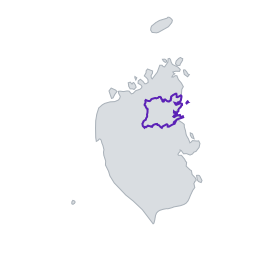 North Jeolla highlighted on a map of South Korea, rotated 167°
{"feature_id": "KOR-2499", "entity_name": "North Jeolla", "entity_type": "Province", "adm_level": 1, "iso_a3": "KOR", "parent_name": "South Korea", "parent_adm1": "", "projection": "orthographic", "projection_center": [126.968, 35.705], "detail": "fine", "context": "in_parent", "style": "outline", "palette": "violet", "viewbox_px": 256, "rotation_deg": 167, "n_neighbors": 0, "source": "natural_earth", "source_scale": "10m", "svg_char_len": 5755}
<svg xmlns="http://www.w3.org/2000/svg" viewBox="0 0 256 256"><g transform="rotate(167 128 128)"><path d="M75.4,59.9L76.3,59.2L76.3,58.2L76.3,55.0L78.9,52.7L82.5,48.1L84.2,45.6L86.2,43.2L88.5,41.6L90.8,40.9L94.4,40.5L101.2,40.8L102.5,40.5L107.3,40.3L108.4,40.7L111.9,40.9L115.7,40.6L117.6,39.9L119.4,38.7L120.9,36.5L122.5,32.6L124.1,29.5L125.1,29.0L132.4,45.2L139.3,55.6L145.2,63.1L153.8,77.6L156.4,85.4L156.7,90.3L158.3,97.0L157.2,100.8L157.7,106.9L157.3,110.0L156.3,112.3L156.4,116.7L156.8,119.1L156.9,122.2L157.6,123.4L158.5,123.8L160.0,122.6L161.9,122.1L161.6,125.9L159.6,135.4L157.8,142.4L155.3,148.5L152.0,154.1L148.0,156.3L145.1,157.2L139.6,157.5L135.0,156.7L131.1,157.4L129.5,158.6L128.4,160.6L129.3,163.6L129.2,165.9L127.5,165.7L124.2,164.5L120.5,164.3L118.7,163.7L117.0,160.5L115.2,160.6L112.1,162.6L107.4,163.1L105.7,164.1L105.1,165.4L105.8,167.1L108.2,169.3L107.4,171.6L105.0,172.7L102.9,170.0L101.7,167.3L100.3,167.1L98.1,167.9L97.7,170.8L98.7,172.8L100.4,175.1L98.0,177.8L97.4,179.7L95.7,181.1L91.2,178.0L91.8,175.9L93.8,173.8L94.0,171.7L93.4,170.4L86.9,175.8L82.9,182.0L80.7,181.5L79.9,179.9L78.6,179.3L74.3,183.2L73.4,186.4L71.9,186.5L71.2,185.2L71.1,182.3L70.4,179.9L65.9,176.4L63.9,173.3L65.0,171.6L68.7,172.6L71.7,172.5L71.1,171.0L70.2,170.3L72.1,169.5L73.8,167.9L72.4,167.4L70.3,168.4L68.6,167.9L68.0,163.9L65.9,159.8L64.8,155.8L66.9,153.5L68.0,150.0L69.9,144.8L70.9,143.1L73.6,141.9L74.5,140.6L73.1,139.9L70.7,139.3L70.8,137.8L72.4,137.0L74.2,135.4L77.6,133.4L78.7,129.6L77.7,128.7L75.5,127.8L76.0,125.9L76.9,124.4L76.6,123.6L74.1,121.1L72.4,118.9L72.9,116.3L72.6,112.5L72.8,109.3L72.7,107.5L71.5,103.6L71.0,99.6L69.4,100.2L68.1,101.2L63.4,99.7L62.0,99.6L61.4,96.7L63.1,93.1L67.0,89.9L69.3,89.6L71.0,88.2L73.6,87.7L76.8,89.9L79.7,90.4L81.2,94.1L82.2,94.9L82.4,93.5L84.7,91.9L85.3,90.7L84.8,90.0L82.1,89.4L79.8,84.7L79.4,82.7L78.6,81.4L79.9,77.7L77.1,73.5L75.8,72.1L76.0,68.3L74.6,65.9L73.8,64.6L73.3,62.3L73.7,61.3L75.0,60.9L75.4,59.9ZM65.4,226.2L64.1,227.0L62.8,226.5L62.4,226.2L60.9,224.1L60.5,223.0L61.6,220.9L65.8,217.6L76.7,214.4L78.7,214.3L83.0,215.7L83.9,218.3L83.1,220.5L82.1,222.0L77.1,224.5L73.2,225.7L65.4,226.2ZM138.2,168.4L135.4,170.7L131.5,167.7L130.6,166.0L133.4,163.6L135.8,160.7L137.4,160.5L138.2,168.4ZM117.9,168.4L117.6,172.0L115.5,172.2L114.2,169.9L112.9,171.0L112.2,171.0L111.1,168.2L110.9,165.9L113.4,164.2L114.9,165.2L117.1,165.7L117.9,168.4ZM62.9,184.4L61.0,184.9L59.9,183.7L59.1,183.3L59.6,181.7L62.7,178.5L63.4,177.3L66.2,178.0L67.3,179.8L66.0,182.4L62.9,184.4ZM72.1,61.6L71.9,66.4L70.3,66.2L69.3,65.7L68.8,64.7L67.7,60.2L69.0,58.4L71.3,59.9L72.1,61.6ZM61.1,171.2L60.7,172.1L59.4,171.8L58.1,169.3L57.6,167.3L56.2,166.2L58.4,164.5L61.1,167.6L61.1,171.2ZM68.9,106.9L68.4,109.3L66.5,107.7L66.0,102.6L68.0,104.1L68.9,106.9ZM199.3,68.7L198.0,69.9L196.4,68.8L196.2,67.7L197.0,66.7L198.8,66.0L199.8,66.8L199.3,68.7ZM78.5,185.4L79.0,187.2L76.6,186.8L75.3,185.2L75.5,183.7L76.9,183.5L78.5,185.4ZM110.0,175.4L109.7,176.6L108.1,174.9L109.6,173.0L110.0,175.4Z" fill="#d9dde1" stroke="#a8b0b8" stroke-width="1"/><path d="M69.2,147.9L68.8,147.4L68.7,147.1L68.9,146.2L69.4,145.1L70.2,143.2L70.9,142.3L71.9,141.9L73.0,141.7L73.9,141.7L74.3,141.3L74.8,140.7L75.4,140.6L75.9,141.2L76.4,141.8L76.8,142.0L76.4,140.6L76.2,140.0L75.7,139.7L71.5,140.4L70.0,139.5L70.1,138.5L70.2,138.1L70.9,137.8L71.5,137.2L72.0,136.5L72.9,136.0L74.0,135.4L74.9,134.2L75.0,133.2L75.4,132.9L75.8,132.7L76.0,132.5L77.0,132.4L78.1,132.5L78.7,133.1L79.2,133.2L79.5,133.7L79.6,133.4L79.7,133.0L79.8,132.6L79.4,132.3L79.1,132.1L78.5,131.8L77.9,131.3L77.4,131.0L77.1,130.8L77.2,130.5L77.4,130.2L77.7,130.0L77.9,129.9L79.6,130.0L80.0,130.0L80.2,129.8L80.4,129.5L80.5,129.2L81.0,129.0L81.2,128.9L81.0,128.6L80.7,128.3L80.3,128.2L80.2,128.3L78.1,129.1L77.3,129.2L75.9,129.1L74.5,129.0L74.5,128.3L74.4,127.5L74.1,127.2L73.2,126.9L71.9,127.1L71.8,126.0L74.5,125.7L76.0,125.6L77.4,125.5L77.9,125.2L78.4,125.3L79.0,125.0L80.1,124.2L81.5,123.7L82.1,123.2L82.1,122.7L80.4,123.2L81.7,121.6L83.2,121.5L84.8,121.1L87.9,120.1L89.0,120.4L88.7,122.0L89.3,122.9L90.2,122.8L91.0,122.5L92.6,122.1L93.1,122.0L93.5,121.8L94.1,121.7L94.5,121.0L95.0,120.5L95.9,121.4L97.3,123.8L98.3,124.2L98.6,124.3L98.8,124.7L98.6,125.1L98.7,125.4L100.4,125.6L101.1,125.5L102.0,125.4L102.8,125.2L103.5,124.5L104.2,123.8L104.5,124.1L104.8,124.4L105.0,124.3L105.2,124.1L105.7,124.4L106.2,124.9L107.5,125.3L107.8,125.7L108.2,125.8L109.2,125.2L110.3,124.7L110.7,125.1L111.1,125.3L111.5,125.0L111.9,124.6L113.1,126.6L113.0,129.0L111.9,130.1L111.6,130.9L110.2,131.7L109.4,131.9L109.0,131.9L108.8,132.1L108.2,133.3L107.6,134.0L106.9,134.6L106.6,135.5L106.5,136.7L106.1,137.5L105.7,138.3L105.3,139.4L105.1,140.6L104.7,141.4L104.7,142.4L105.4,142.7L105.5,143.1L105.6,143.5L105.9,144.4L105.9,145.3L106.2,146.0L106.6,146.3L106.5,147.3L105.2,148.8L105.0,149.8L105.0,150.7L104.4,151.3L102.7,150.0L100.8,149.3L99.7,149.9L98.8,150.8L97.9,151.0L96.9,151.0L95.8,151.1L94.7,151.1L94.2,150.8L93.8,150.5L93.2,150.6L92.6,150.6L91.7,150.7L90.9,151.3L89.7,151.1L89.0,150.3L89.1,149.1L88.5,148.4L88.3,147.8L88.5,146.7L87.9,145.8L87.1,145.8L86.8,146.2L86.6,146.5L86.4,147.0L86.3,147.5L85.4,147.5L84.0,145.6L83.1,144.9L82.6,144.7L82.0,144.6L81.5,145.2L80.5,145.1L79.8,145.8L79.8,146.3L79.8,146.8L79.5,147.2L79.1,147.5L79.2,147.8L79.2,148.2L79.0,148.7L78.6,149.1L78.1,149.3L77.6,149.5L77.1,149.7L76.7,150.0L75.7,150.2L74.8,150.5L73.9,150.7L73.2,150.5L73.2,149.5L73.4,148.5L73.6,147.2L72.7,146.9L69.8,147.7L69.2,147.9L69.2,147.9ZM63.9,140.6L63.8,140.4L63.7,140.2L63.8,140.0L64.1,139.8L64.0,139.7L63.9,139.6L64.0,139.6L64.2,139.3L64.4,139.3L64.5,139.2L64.9,139.1L65.2,138.9L65.3,138.8L65.5,139.1L65.4,139.4L64.8,139.9L64.4,140.3L64.2,140.4L64.1,140.5L63.9,140.6Z" fill="none" stroke="#5b21b6" stroke-width="2"/></g></svg>